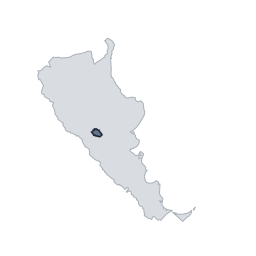 General Alvear, Mendoza, Argentina shown in context, rotated 313°
{"feature_id": "61730980B19531104090182", "entity_name": "General Alvear", "entity_type": "district", "adm_level": 2, "iso_a3": "ARG", "parent_name": "Argentina", "parent_adm1": "Mendoza", "projection": "albers", "projection_center": [-66.959, -35.244], "detail": "fine", "context": "in_parent", "style": "filled", "palette": "slate", "viewbox_px": 256, "rotation_deg": 313, "n_neighbors": 0, "source": "geoboundaries", "source_scale": "gbopen_adm2", "svg_char_len": 5129}
<svg xmlns="http://www.w3.org/2000/svg" viewBox="0 0 256 256"><g transform="rotate(313 128 128)"><path d="M155.7,78.9L154.0,81.3L154.2,83.0L152.5,87.0L152.8,87.8L151.5,89.6L151.7,91.7L151.0,93.7L151.1,96.3L150.6,97.0L149.6,97.1L148.7,100.6L149.2,104.0L148.4,104.6L149.5,107.2L153.1,109.7L154.9,112.1L154.9,113.0L153.7,114.3L153.5,115.4L153.9,117.0L154.8,118.1L156.6,118.9L156.6,121.1L156.2,122.5L152.3,127.2L151.3,129.3L147.9,131.3L139.4,133.2L133.0,133.7L129.3,133.3L126.9,132.2L127.0,135.0L128.1,135.9L127.5,135.9L128.0,136.5L127.6,138.8L126.8,139.2L126.2,141.1L126.1,142.8L126.8,144.2L126.0,145.5L123.2,146.8L120.0,147.0L114.0,144.6L114.3,144.3L114.0,144.1L113.0,144.5L112.5,146.5L113.1,149.4L112.9,152.0L113.2,152.8L115.3,153.8L115.2,154.9L115.9,155.0L117.4,154.8L117.6,154.0L116.8,153.6L118.9,153.0L119.7,154.1L119.7,156.8L119.3,157.5L117.6,157.9L117.2,157.7L116.3,155.9L115.5,155.5L113.2,156.4L112.9,157.0L116.3,158.4L113.8,159.7L111.8,162.1L111.6,166.6L111.2,167.9L109.8,169.0L109.6,169.9L110.0,170.4L109.8,171.2L107.3,170.9L105.5,172.3L103.8,172.7L100.8,177.7L101.3,180.2L104.6,183.7L108.7,184.7L109.2,185.9L109.0,187.3L108.5,188.1L107.0,188.9L108.3,188.9L108.8,189.6L101.5,195.8L100.6,197.7L100.2,201.5L99.6,202.2L98.2,203.0L97.2,202.2L96.4,200.9L96.4,202.0L95.1,202.4L96.7,202.4L97.5,203.3L95.3,204.8L94.7,206.0L94.4,207.7L93.6,208.7L94.3,208.5L94.9,211.9L93.2,212.2L95.3,212.7L97.8,216.5L97.6,216.8L97.5,216.4L91.2,214.8L82.8,214.9L82.9,214.3L80.9,212.4L81.2,210.9L80.8,209.7L81.2,208.5L80.9,207.1L80.1,206.7L77.4,207.7L75.7,204.0L75.7,202.0L75.1,200.7L75.5,199.0L76.9,198.8L77.3,197.0L79.0,195.6L79.0,193.9L80.0,192.8L80.2,192.0L79.1,189.8L79.8,187.4L81.6,185.5L81.4,183.2L82.4,182.0L81.4,179.0L82.5,177.6L81.9,176.9L81.8,175.3L82.9,174.8L83.5,173.0L82.4,171.5L80.3,171.1L80.1,170.3L83.8,170.0L84.3,168.7L84.0,168.0L81.1,167.8L81.1,166.0L81.7,164.9L81.1,163.8L81.2,162.7L80.4,161.2L81.1,160.5L79.2,159.0L79.0,156.4L79.4,155.7L79.1,154.3L80.8,152.9L79.9,150.4L79.8,145.6L79.4,144.3L80.4,142.3L79.8,141.0L80.6,140.0L80.2,137.5L81.0,137.3L81.5,133.0L83.7,131.6L84.2,130.8L82.4,125.4L82.5,123.4L82.1,122.5L82.5,121.3L82.0,119.6L82.6,117.5L84.2,116.6L84.3,115.9L85.9,114.4L85.7,110.9L84.9,109.2L85.7,108.5L86.2,105.8L87.4,103.0L88.4,102.5L88.1,99.3L88.4,96.5L87.0,96.0L87.2,93.9L86.7,93.5L86.4,91.3L85.3,89.5L85.3,88.6L85.8,88.0L84.7,87.3L83.9,85.6L84.0,84.0L84.2,82.9L85.3,82.1L85.0,81.3L85.9,78.0L87.1,77.7L87.7,76.6L87.0,76.0L87.1,74.0L86.5,71.2L87.6,69.7L88.4,65.3L91.1,62.1L92.9,57.2L94.3,57.0L95.9,56.0L94.3,52.8L95.3,50.8L94.1,46.5L94.4,45.0L95.4,44.0L94.3,42.4L94.6,41.1L96.1,39.6L101.4,37.3L103.5,30.8L102.3,29.7L105.3,25.8L107.4,25.2L108.3,23.3L111.0,25.2L115.7,25.3L118.1,26.1L119.7,29.9L122.2,25.0L128.8,25.0L130.1,26.9L132.5,29.0L134.0,31.9L139.2,36.6L145.8,39.2L149.8,42.4L154.4,45.3L156.8,46.1L158.4,48.0L158.7,49.4L157.6,50.3L156.6,52.2L155.2,53.2L154.6,54.4L154.5,56.0L151.8,58.9L151.8,60.1L154.3,60.1L160.2,61.9L163.1,62.2L164.0,62.8L165.7,61.5L168.2,62.4L170.2,60.0L171.9,59.7L173.9,58.2L175.0,56.1L175.9,51.5L176.9,52.0L178.7,51.5L180.1,52.7L180.9,56.7L180.1,60.4L179.2,61.8L177.2,62.4L176.1,63.4L173.2,63.8L171.4,65.6L167.6,67.4L167.7,68.5L166.5,68.3L159.8,75.4L155.7,78.9ZM97.0,231.7L96.8,218.6L98.5,221.1L97.7,221.0L97.5,222.2L98.8,222.5L99.5,224.0L102.4,226.9L106.7,229.8L110.9,230.7L109.7,232.1L105.5,232.7L103.1,232.0L97.0,231.7ZM112.6,231.6L113.9,231.1L116.4,231.1L113.0,232.1L112.6,231.6ZM129.0,134.4L128.9,135.0L128.0,134.1L129.0,134.4Z" fill="#d9dde1" stroke="#a8b0b8" stroke-width="1"/><path d="M105.4,105.6L105.4,105.4L105.2,105.3L105.2,105.2L105.1,104.9L104.9,104.7L105.0,104.7L104.9,104.6L104.8,104.4L104.7,104.2L104.4,104.0L104.2,104.1L103.9,104.2L103.8,104.3L103.7,104.3L103.4,104.4L103.2,104.4L103.1,104.5L103.0,104.4L103.0,104.5L102.9,104.4L102.8,104.5L102.7,104.4L102.5,104.5L102.4,104.4L102.2,104.3L101.9,104.3L101.7,104.3L101.4,104.4L101.2,104.4L100.9,104.4L100.7,104.3L100.4,104.3L100.2,104.2L100.2,104.3L100.2,104.5L100.0,104.8L100.0,105.0L100.0,105.3L99.9,105.5L100.0,105.7L99.9,106.0L99.7,107.1L99.8,107.1L99.8,107.3L99.8,107.5L99.9,107.8L99.8,108.0L99.7,108.2L99.7,108.3L99.8,108.3L99.7,108.3L99.8,108.4L99.7,108.4L99.7,108.5L99.8,108.6L99.8,108.8L100.0,108.9L100.0,109.0L100.2,109.3L100.1,109.5L100.2,109.8L100.3,109.8L100.3,110.0L100.5,110.2L100.4,110.2L100.5,110.2L100.6,110.3L100.7,110.5L100.8,110.5L100.9,110.8L101.0,110.8L101.1,111.0L101.3,111.3L101.3,111.5L101.4,111.8L101.5,111.9L101.5,112.0L101.7,112.3L101.8,112.3L101.8,112.5L102.0,112.6L102.1,112.8L102.2,113.0L102.3,113.1L102.4,113.3L102.5,113.5L105.4,113.7L105.5,113.5L105.5,113.4L105.5,113.2L105.5,112.9L105.5,112.7L105.7,112.4L105.7,112.2L105.7,111.8L105.8,111.7L105.9,111.4L105.8,111.2L105.8,110.9L106.0,110.8L106.0,110.7L106.0,110.4L106.0,110.2L106.0,109.9L106.1,109.7L106.2,109.3L106.2,109.2L106.1,108.9L106.2,108.7L106.2,108.4L106.2,108.2L106.3,108.2L106.2,108.1L106.2,107.9L106.1,107.7L106.0,107.4L106.0,107.2L105.9,107.1L106.0,107.0L106.0,106.9L106.0,106.7L105.9,106.7L105.9,106.3L105.9,106.2L105.7,106.1L105.7,105.9L105.4,105.7L105.4,105.6Z" fill="#64748b" stroke="#1e293b" stroke-width="1.5"/></g></svg>